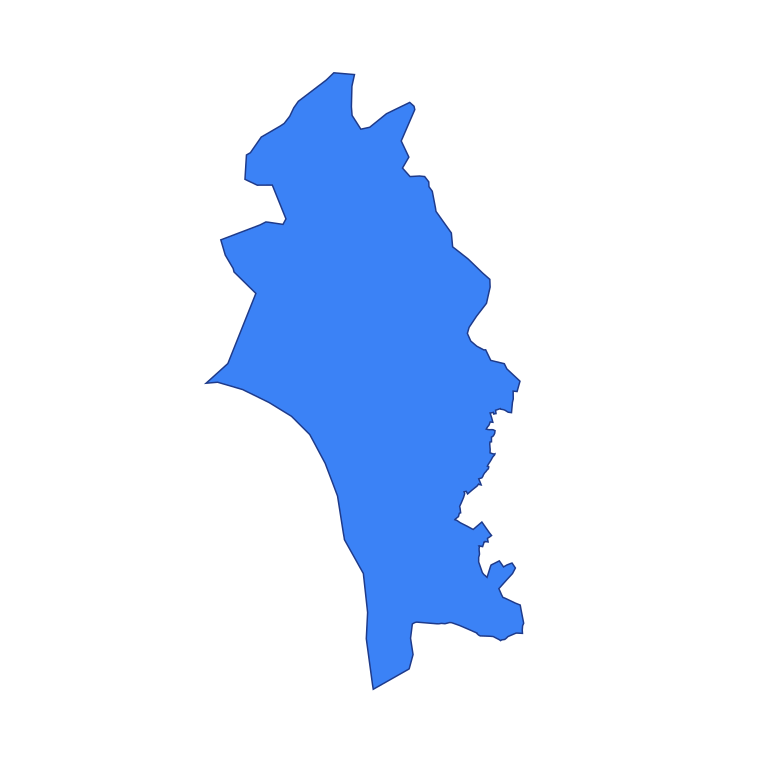 outline of Osisioma Ngwa, Abia, Nigeria, rotated 325°
{"feature_id": "59680162B33112577829488", "entity_name": "Osisioma Ngwa", "entity_type": "district", "adm_level": 2, "iso_a3": "NGA", "parent_name": "Nigeria", "parent_adm1": "Abia", "projection": "mercator", "projection_center": [7.331, 5.172], "detail": "fine", "context": "isolated", "style": "filled", "palette": "blue", "viewbox_px": 768, "rotation_deg": 325, "n_neighbors": 0, "source": "geoboundaries", "source_scale": "gbopen_adm2", "svg_char_len": 3567}
<svg xmlns="http://www.w3.org/2000/svg" viewBox="0 0 768 768"><g transform="rotate(325 384 384)"><path d="M200.1,627.9L241.2,631.8L252.6,622.3L259.9,607.5L269.6,596.8L272.5,597.1L274.2,597.8L289.6,610.6L291.4,611.9L293.7,613.0L296.4,615.3L297.1,615.6L300.9,617.0L302.5,618.3L307.3,625.0L312.5,633.4L317.3,641.4L317.0,641.6L317.5,643.9L318.3,645.5L326.0,651.3L328.6,653.5L330.1,656.4L331.8,659.6L332.3,661.1L333.5,661.1L334.0,661.3L336.4,662.5L338.4,662.4L340.7,662.0L349.3,663.8L350.2,664.4L354.4,667.7L356.1,664.9L358.9,661.5L360.4,660.6L361.2,660.1L366.9,647.3L368.8,643.2L365.9,638.8L361.5,631.0L360.0,628.4L359.0,627.1L359.4,624.0L360.1,620.7L360.7,617.5L372.7,614.7L380.5,613.0L386.1,610.1L386.2,604.1L384.9,603.7L380.8,602.7L377.0,602.4L377.0,595.0L370.6,594.1L369.5,593.9L367.9,593.7L366.5,594.6L357.5,601.5L356.9,598.6L356.5,597.5L356.4,594.9L359.5,584.0L359.9,583.5L362.1,580.3L363.5,579.2L364.6,578.2L365.6,576.5L366.6,574.7L367.6,573.2L368.8,572.2L368.8,571.1L369.5,571.4L369.7,571.7L369.8,572.0L371.0,573.0L371.0,573.4L371.3,573.7L371.5,573.8L373.3,572.4L373.9,572.1L375.0,570.9L375.4,571.2L375.8,571.3L376.3,570.9L376.7,571.2L377.8,572.3L378.7,573.1L379.8,570.6L380.2,569.8L381.2,569.8L382.8,569.9L385.2,569.8L385.0,566.4L385.0,553.2L373.6,554.3L371.0,549.1L366.8,541.2L366.1,539.2L365.3,537.3L364.2,535.8L365.1,535.5L365.7,535.5L369.0,535.3L370.2,534.2L371.6,533.1L372.9,533.5L375.0,529.5L375.8,527.6L378.8,525.9L384.2,522.5L387.2,520.1L387.8,518.2L389.8,519.1L389.4,522.0L395.3,521.4L402.3,520.9L402.9,520.6L403.6,520.3L404.1,520.2L404.6,521.2L405.7,522.4L406.4,519.7L407.2,516.0L410.3,517.0L411.9,516.4L413.4,515.4L415.6,514.5L417.3,514.2L418.9,513.6L420.1,513.5L421.0,513.2L421.6,512.6L422.3,512.0L422.0,511.4L421.5,510.6L423.6,509.5L425.4,508.8L428.5,507.5L430.8,506.3L432.2,505.9L433.9,505.5L434.4,505.2L434.8,504.8L434.4,504.7L433.7,504.2L432.8,503.2L431.4,501.2L433.5,498.4L434.7,496.3L434.9,496.0L436.2,493.8L437.5,492.3L438.9,493.0L441.6,489.1L442.8,489.3L443.7,489.2L445.2,488.6L446.5,487.8L448.2,485.9L447.1,484.0L446.1,483.2L444.0,481.8L442.8,480.7L441.9,479.6L442.9,479.1L444.6,478.4L445.8,478.2L446.6,477.8L449.2,476.0L451.2,477.8L452.8,473.5L454.3,468.6L455.8,469.4L457.3,469.9L456.7,471.6L457.6,471.9L458.8,472.5L460.3,469.5L462.4,470.1L465.2,470.9L465.1,471.5L467.1,473.5L468.0,474.8L469.5,478.3L472.0,480.6L478.7,472.7L481.3,470.4L485.7,463.9L488.7,466.5L497.0,459.7L493.3,442.1L494.2,436.4L485.0,425.9L486.9,414.3L485.3,413.3L481.7,406.3L479.7,398.6L481.3,390.4L486.2,386.4L498.8,381.5L514.2,376.7L526.5,365.5L530.7,359.0L528.4,349.5L524.6,329.8L518.9,311.0L525.8,298.9L525.6,272.4L527.1,269.4L534.1,253.8L534.0,248.2L536.6,244.1L536.3,237.4L532.4,234.0L524.3,229.0L523.0,217.7L534.5,212.4L537.5,194.8L566.6,176.9L567.9,173.7L566.6,168.1L541.1,164.0L519.6,165.5L511.2,162.0L511.9,145.7L516.3,138.2L528.5,121.7L537.3,113.6L521.4,100.3L511.0,101.9L476.0,103.3L468.5,106.0L460.4,110.6L451.7,113.3L447.9,113.2L447.2,113.2L425.1,111.3L407.2,117.9L402.7,117.5L394.9,127.3L387.5,136.6L394.2,148.4L406.6,157.0L398.4,192.5L392.8,195.3L381.8,184.9L381.4,184.6L380.2,183.5L373.8,182.6L333.0,172.3L327.9,187.4L326.7,202.9L325.4,206.2L331.0,236.3L322.3,242.0L267.8,277.7L238.7,281.3L248.7,287.1L265.2,307.7L265.9,309.1L279.2,333.2L289.7,357.4L294.2,382.8L293.2,391.4L292.1,400.4L290.3,415.4L289.3,419.2L287.1,427.9L285.5,434.3L281.7,449.1L265.1,483.0L263.2,487.1L262.3,488.8L260.0,511.7L259.1,520.3L258.4,527.4L257.0,529.9L255.7,532.3L239.5,561.8L223.4,582.5L202.3,623.4L200.1,627.9Z" fill="#3b82f6" stroke="#1e3a8a" stroke-width="1.5"/></g></svg>